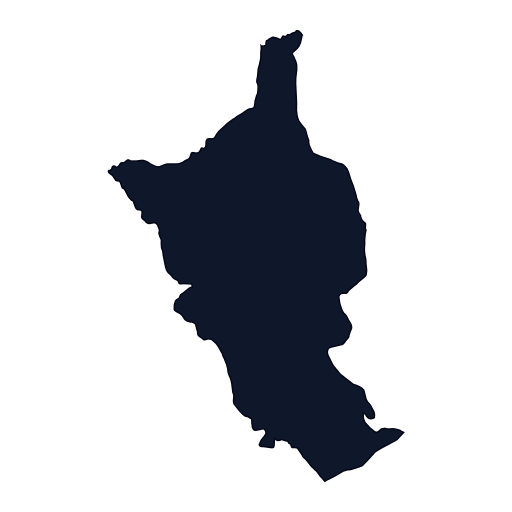 outline of Newala, Mtwara, United Republic of Tanzania
{"feature_id": "72390352B96178710336492", "entity_name": "Newala", "entity_type": "district", "adm_level": 2, "iso_a3": "TZA", "parent_name": "United Republic of Tanzania", "parent_adm1": "Mtwara", "projection": "albers", "projection_center": [39.269, -10.7], "detail": "fine", "context": "isolated", "style": "filled", "palette": "ink", "viewbox_px": 512, "rotation_deg": 0, "n_neighbors": 0, "source": "geoboundaries", "source_scale": "gbopen_adm2", "svg_char_len": 6053}
<svg xmlns="http://www.w3.org/2000/svg" viewBox="0 0 512 512"><path d="M261.1,45.8L261.3,48.5L260.9,52.4L260.9,56.1L260.7,58.9L259.3,65.4L258.3,68.7L257.6,76.5L256.9,80.0L256.9,82.2L257.8,84.2L258.2,86.5L257.9,91.6L257.6,93.7L256.7,95.5L255.2,100.7L254.8,104.8L254.4,106.6L253.6,107.8L252.5,108.5L249.8,108.9L248.7,109.2L246.6,110.4L241.3,114.1L237.4,116.3L234.3,118.7L233.3,119.1L227.4,123.5L218.9,131.4L217.1,133.7L214.7,137.7L214.0,138.3L212.2,138.9L210.7,138.7L208.5,138.8L207.2,139.3L206.5,140.2L206.1,141.9L206.0,145.1L205.8,146.4L205.4,147.4L203.9,148.5L203.4,148.5L201.9,148.0L201.5,148.2L201.0,148.8L200.5,150.0L199.7,151.4L198.6,152.6L197.4,153.0L196.0,153.1L192.8,152.6L191.8,152.8L191.3,153.4L190.1,157.0L189.2,158.5L188.2,159.3L185.0,160.8L182.6,162.5L178.9,163.8L177.2,164.0L168.1,164.0L166.3,164.2L163.4,165.2L159.3,166.9L157.9,166.9L155.4,166.4L153.4,165.5L150.4,164.0L147.9,162.2L145.4,161.1L143.4,160.5L141.6,160.4L136.3,161.1L130.5,161.1L129.3,160.2L127.9,159.9L127.0,160.4L124.8,162.2L123.9,162.6L123.1,162.8L121.1,162.9L119.8,164.4L118.9,165.9L118.0,166.8L116.9,167.2L116.0,167.3L114.8,166.2L114.1,166.0L113.3,166.1L112.6,166.6L112.2,167.3L111.6,169.3L111.3,169.6L110.2,170.4L108.9,170.5L108.4,171.2L108.8,172.5L110.1,173.7L112.1,175.1L112.8,175.8L115.8,180.3L116.5,180.6L118.8,181.0L119.7,181.4L120.4,182.4L122.1,187.4L122.4,187.9L123.8,188.6L124.8,189.7L128.2,196.2L129.1,197.5L131.7,200.3L132.9,200.8L133.4,201.4L135.3,206.9L135.9,208.1L136.8,209.1L137.6,209.6L140.8,210.0L141.9,211.0L142.2,212.2L141.7,217.1L142.1,218.1L142.9,219.1L145.0,220.7L146.4,222.4L148.0,223.3L149.3,223.5L152.5,222.9L154.7,222.7L155.3,222.9L156.5,223.7L157.6,225.0L159.1,228.8L159.4,229.9L159.4,231.0L158.9,233.1L159.7,236.0L161.2,239.5L161.4,240.7L161.3,243.5L161.6,247.7L162.1,249.3L162.8,251.0L163.3,255.3L165.0,263.8L165.7,267.2L166.6,270.1L167.8,272.0L169.0,273.3L170.6,274.6L173.2,277.8L174.8,279.0L177.6,280.3L178.4,281.6L179.0,283.1L179.9,283.7L180.8,283.8L183.1,283.6L190.1,283.8L191.1,284.0L191.8,284.3L192.4,286.6L192.0,287.2L191.0,287.3L188.9,288.4L183.3,293.0L181.6,294.1L180.5,295.0L179.4,297.7L178.7,298.5L176.6,299.8L175.6,300.8L174.5,304.2L174.3,306.4L174.3,309.6L175.0,310.5L176.3,311.5L180.1,313.5L182.4,315.6L184.5,318.9L185.5,320.0L186.9,320.9L188.0,321.3L190.8,322.0L191.7,321.8L194.3,323.0L195.3,323.8L195.9,325.2L196.9,329.3L197.4,330.8L197.7,332.0L197.6,333.0L197.8,334.2L198.3,335.3L199.5,336.5L201.7,337.9L203.8,339.7L205.0,339.7L208.2,338.8L211.0,339.2L212.0,339.7L216.2,343.5L218.0,345.9L222.2,353.3L223.1,356.2L224.5,358.8L225.8,362.4L226.6,364.0L227.8,368.9L228.1,372.0L228.6,373.9L230.4,378.1L231.1,380.1L231.8,383.4L232.9,392.3L233.3,393.2L233.9,395.8L233.5,401.1L233.9,403.1L234.3,404.2L239.6,410.9L242.6,414.0L244.9,415.9L247.2,416.6L247.6,416.4L250.3,418.2L251.6,418.7L251.9,420.7L251.9,423.2L252.5,427.3L253.1,428.7L253.7,429.6L254.6,430.1L255.6,430.3L259.9,429.5L262.4,428.8L263.5,428.9L264.2,429.1L264.8,429.6L265.3,430.5L266.0,432.4L266.0,433.1L265.8,433.9L264.4,436.3L263.2,437.6L261.0,440.6L259.3,444.6L259.5,445.3L260.0,445.9L260.9,446.4L264.1,446.6L271.2,447.6L272.7,447.6L273.5,447.2L274.0,445.9L274.5,438.5L275.0,438.6L275.7,439.0L276.2,439.7L277.2,440.4L279.2,440.4L281.7,439.5L286.5,441.0L287.8,441.1L288.7,442.9L289.4,443.5L290.6,444.0L291.6,446.9L292.2,447.5L294.8,447.5L296.7,447.8L297.6,448.3L301.3,453.6L303.2,456.8L306.2,459.7L308.8,462.9L310.7,465.5L312.2,467.1L313.6,468.2L314.5,469.4L316.6,471.1L320.4,476.3L322.0,477.9L324.8,481.3L327.5,479.6L328.8,479.1L335.3,475.7L343.1,471.1L347.4,469.8L349.5,469.7L351.1,469.4L359.6,466.7L362.4,465.5L368.4,459.3L374.9,452.1L375.6,451.5L381.2,448.1L395.6,440.4L397.4,439.1L403.6,432.4L400.7,431.0L399.9,430.3L396.8,429.4L394.0,428.9L392.2,428.8L389.8,429.0L387.4,429.0L384.9,428.4L381.9,428.8L380.7,429.5L379.7,430.6L377.7,432.0L376.4,432.3L375.2,432.0L374.3,431.5L369.7,427.7L365.0,422.5L364.4,421.1L363.6,419.0L363.2,416.8L363.2,414.1L363.6,413.5L364.6,413.5L365.6,414.4L366.9,416.7L369.0,418.4L370.7,418.8L373.0,418.3L374.0,417.8L374.3,417.4L374.5,415.0L374.4,414.2L374.2,412.9L373.7,411.5L370.5,405.4L368.8,403.3L367.6,402.1L366.1,399.4L364.0,391.1L363.6,390.0L361.8,388.2L359.4,386.7L356.4,385.4L353.8,384.6L352.6,383.9L340.3,374.3L333.5,366.0L332.4,364.3L327.8,354.9L327.3,352.5L327.5,350.6L328.1,349.0L328.7,348.2L329.7,347.6L331.9,346.9L342.4,344.4L343.2,343.8L344.7,342.2L345.4,341.0L347.9,338.1L348.8,336.6L349.0,334.7L349.5,333.8L349.8,332.5L351.3,328.8L351.6,327.7L351.3,325.5L350.9,324.2L350.1,322.6L349.2,321.6L347.0,317.2L345.6,314.9L343.8,313.3L342.5,311.3L341.6,309.2L339.8,303.8L338.7,296.8L339.5,294.9L340.7,293.6L343.6,293.2L346.4,293.2L347.1,292.6L348.8,290.3L353.9,285.9L356.3,284.1L358.4,281.9L364.6,276.8L366.1,274.9L366.6,270.7L366.5,269.1L365.9,263.5L365.9,261.3L365.6,258.6L364.9,255.6L364.3,249.9L364.7,242.8L364.6,240.2L365.1,234.4L365.8,230.8L365.9,230.0L365.3,228.6L365.3,227.5L365.5,223.9L365.1,223.1L362.8,221.1L361.8,219.9L360.7,217.1L360.6,215.9L360.2,215.0L359.4,213.9L358.2,211.5L358.0,209.8L358.8,204.5L358.6,202.3L357.8,201.2L356.5,197.8L356.0,195.1L353.3,186.2L350.7,179.5L348.3,171.8L347.6,170.5L347.2,169.2L345.1,166.5L342.9,164.6L341.8,164.0L338.0,163.1L336.6,162.5L332.4,160.8L330.6,159.7L320.6,156.5L313.3,153.3L312.5,152.2L311.3,150.0L309.1,145.1L308.6,142.0L308.7,140.5L307.4,136.9L305.5,129.9L305.2,129.2L301.0,124.2L298.7,120.8L297.8,118.5L297.0,115.5L296.4,110.2L296.5,102.7L295.6,83.6L295.7,78.2L296.7,69.4L296.6,64.6L295.9,62.0L294.0,57.3L292.5,54.8L292.4,52.8L297.3,48.2L298.8,46.2L300.4,42.8L301.7,37.2L301.9,35.9L301.8,35.1L302.2,35.0L300.9,33.1L298.8,31.1L297.5,30.7L296.5,30.8L295.9,31.3L295.7,32.1L295.5,32.3L294.4,32.5L293.3,32.9L292.4,33.1L289.5,34.9L288.0,34.6L287.6,34.7L286.9,35.7L285.0,36.8L283.5,36.1L283.0,36.1L282.4,36.8L281.7,38.1L281.5,39.0L281.2,39.3L279.5,39.3L276.4,37.9L274.2,37.6L273.3,37.2L272.5,37.3L269.4,38.9L268.2,40.1L267.3,40.4L266.5,40.8L266.0,42.9L266.0,44.4L265.9,45.2L263.6,46.2L262.8,46.0L261.5,46.2L261.1,45.8Z" fill="#0f172a" stroke="#020617" stroke-width="1.5"/></svg>